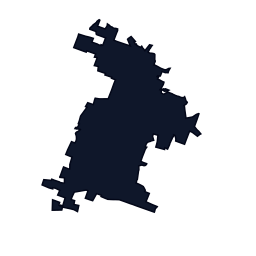 Panabá, Yucatán, Mexico (Natural Earth projection), rotated 284°
{"feature_id": "50627088B71815805148908", "entity_name": "Panabá", "entity_type": "district", "adm_level": 2, "iso_a3": "MEX", "parent_name": "Mexico", "parent_adm1": "Yucatán", "projection": "natural_earth1", "projection_center": [-88.264, 21.34], "detail": "fine", "context": "isolated", "style": "filled", "palette": "ink", "viewbox_px": 256, "rotation_deg": 284, "n_neighbors": 0, "source": "geoboundaries", "source_scale": "gbopen_adm2", "svg_char_len": 5778}
<svg xmlns="http://www.w3.org/2000/svg" viewBox="0 0 256 256"><g transform="rotate(284 128 128)"><path d="M57.5,58.8L52.0,58.4L50.8,65.9L50.7,69.7L51.9,69.5L52.0,72.1L51.0,76.9L45.9,76.0L45.2,82.8L45.1,83.9L36.8,83.5L36.8,81.5L36.5,81.6L36.3,81.7L36.1,81.8L35.9,80.7L36.3,80.4L36.5,79.5L39.3,79.7L39.8,75.1L40.1,72.2L35.0,73.3L29.9,74.4L32.4,83.6L35.4,83.5L35.7,91.3L35.7,95.2L34.7,99.2L40.9,99.0L40.7,94.0L44.6,93.8L44.8,90.1L47.6,90.4L49.8,90.8L52.8,91.4L57.6,102.3L57.5,104.4L49.5,103.6L49.3,105.9L48.9,111.3L56.7,113.4L56.3,118.5L55.0,118.4L54.3,122.7L54.1,124.3L53.9,125.6L54.2,127.1L54.6,129.3L55.9,134.9L56.2,136.4L56.3,137.0L55.8,142.4L55.1,148.9L55.0,150.9L54.5,155.0L52.7,173.9L53.4,174.0L54.5,174.0L56.1,174.0L56.6,174.2L57.4,174.7L58.0,175.1L58.8,175.4L59.5,170.4L60.8,163.2L63.9,163.7L69.7,164.5L69.9,162.8L70.4,159.6L71.8,159.8L74.2,157.7L74.4,157.4L74.9,157.0L75.0,156.5L75.4,155.3L76.2,151.8L76.6,149.1L76.9,149.2L77.8,149.2L79.2,149.1L79.6,149.2L80.2,149.5L80.4,149.5L88.7,148.6L90.0,148.7L92.5,148.0L93.9,147.6L95.4,150.4L95.3,152.7L95.9,153.9L96.7,154.5L97.3,154.8L97.9,154.8L98.1,152.4L98.2,151.3L98.4,150.4L98.8,148.4L100.1,148.6L103.5,148.9L108.8,149.6L111.5,149.9L113.9,150.8L113.9,149.3L116.7,149.5L118.9,150.3L119.4,151.2L119.9,151.9L120.6,153.2L121.0,153.4L122.3,155.9L124.4,154.7L126.0,153.8L128.4,154.1L128.2,158.8L121.7,159.7L118.5,159.7L116.2,159.6L116.0,168.7L117.8,168.5L117.8,169.0L117.7,169.7L117.3,170.4L117.1,171.5L122.1,172.4L122.5,172.3L123.3,172.4L124.2,172.5L125.1,172.8L125.6,172.8L127.1,173.1L127.5,173.2L128.0,173.3L128.5,173.4L129.3,173.4L129.8,173.6L130.3,173.9L130.8,174.2L131.1,174.2L131.5,174.2L132.4,173.9L132.3,175.0L132.0,175.3L131.8,175.7L131.5,175.9L130.7,176.2L130.3,176.4L129.1,177.0L128.0,177.3L126.9,177.4L125.9,186.8L130.4,187.3L136.7,188.1L139.8,188.5L139.6,190.1L139.4,191.4L138.1,194.4L136.8,197.4L138.2,198.4L138.7,198.9L138.9,198.9L139.1,199.1L139.9,200.1L140.2,199.8L140.2,199.6L142.0,197.3L142.6,196.0L143.4,194.8L145.2,192.5L145.3,192.1L152.9,192.9L159.0,193.4L159.1,193.1L157.8,191.1L156.7,190.1L155.6,189.1L155.0,188.6L154.3,187.9L152.4,183.8L152.0,182.8L151.5,181.9L159.2,178.8L162.5,177.6L163.3,176.8L164.3,177.8L165.5,178.8L167.1,179.3L167.3,179.3L168.4,177.7L168.8,177.4L170.5,176.5L171.7,175.6L172.0,175.4L171.5,175.1L170.9,174.2L170.7,173.6L170.5,172.6L170.6,171.5L170.8,170.2L171.0,169.6L170.8,168.8L171.1,166.0L171.4,164.6L171.5,163.7L171.5,163.4L171.8,163.1L171.9,162.5L172.0,161.7L172.1,160.9L172.4,158.6L172.8,157.5L172.0,157.1L171.9,157.4L171.6,157.2L171.1,156.1L170.3,155.4L169.8,155.2L169.4,154.9L169.8,152.0L172.7,151.1L172.8,151.8L173.1,152.2L173.2,152.9L172.6,153.9L172.5,154.7L173.7,157.5L174.6,158.5L175.0,155.7L175.1,154.8L174.5,153.6L174.6,152.9L174.4,152.7L174.0,152.6L174.0,152.3L174.0,151.9L173.9,151.8L173.8,151.5L173.5,151.1L173.0,150.3L172.9,149.8L173.2,149.9L175.6,150.9L176.9,151.2L178.5,151.7L179.7,151.8L181.2,151.8L181.4,150.4L182.0,148.0L182.3,147.1L182.4,146.5L182.5,144.9L184.6,145.3L184.8,144.4L184.9,143.7L185.5,143.9L186.0,144.2L186.0,145.8L186.2,146.7L186.5,146.8L191.0,147.4L191.0,148.1L190.7,150.8L191.0,151.7L191.1,152.3L191.3,153.5L193.2,153.6L196.1,154.4L195.8,153.4L195.4,152.8L194.5,151.8L193.8,150.9L193.7,150.6L193.5,150.0L193.4,149.2L193.9,145.3L195.0,141.3L195.5,138.8L195.5,138.0L195.8,138.1L196.1,138.2L196.4,138.1L196.9,137.9L197.3,137.9L198.9,138.3L199.4,138.2L199.8,138.1L200.2,137.8L200.9,137.4L205.3,136.4L205.9,136.2L206.1,135.9L206.4,135.4L206.4,134.8L206.3,133.0L206.0,131.8L206.1,130.1L206.6,129.1L208.7,129.7L210.0,129.9L210.8,130.4L212.6,130.9L214.0,131.5L214.0,128.8L207.1,125.7L208.8,123.6L209.0,123.2L209.3,122.6L209.8,122.4L210.7,121.5L209.3,120.6L210.2,116.7L211.5,115.8L210.9,114.9L211.9,114.3L212.9,113.1L213.8,114.2L217.5,108.9L214.9,106.6L214.0,106.1L208.2,110.4L208.5,105.9L209.3,96.1L209.8,93.0L218.0,94.0L218.4,94.1L219.7,94.3L220.2,94.3L220.5,94.3L220.8,94.1L221.6,94.0L221.7,93.0L221.7,92.0L221.4,90.5L221.4,89.9L221.6,89.2L222.1,88.3L222.0,88.0L222.0,87.8L222.2,87.3L222.2,86.6L222.3,86.5L223.2,85.0L223.5,84.3L223.9,83.0L224.0,82.8L223.7,82.8L223.4,83.0L222.2,83.0L221.6,82.9L220.7,82.6L218.6,81.8L219.4,73.8L225.8,74.6L226.0,74.1L226.1,73.8L224.3,72.3L223.8,72.0L223.6,72.0L223.2,72.0L222.2,71.4L222.1,71.2L221.9,71.2L221.1,70.4L220.8,70.3L220.4,69.9L220.3,69.7L220.0,69.4L219.7,69.2L219.4,69.1L218.5,68.9L218.2,68.4L217.6,68.0L217.2,67.9L216.8,67.6L216.4,67.2L216.2,67.1L215.9,67.0L215.6,67.0L215.2,67.0L215.0,66.9L214.6,67.0L214.0,72.6L213.9,73.7L213.6,73.8L212.9,73.9L212.3,74.1L211.1,74.7L210.9,76.0L210.7,78.3L210.0,84.5L208.7,84.3L207.8,84.2L205.4,83.9L203.1,83.6L202.1,83.4L202.3,81.7L201.4,81.7L201.7,78.9L202.0,78.3L202.6,72.1L206.6,72.7L206.8,69.1L206.8,65.7L206.7,65.6L207.2,57.4L204.4,57.3L192.9,55.9L191.5,69.1L192.9,69.3L192.0,78.7L188.6,78.3L188.8,79.9L188.9,80.2L188.7,81.1L180.4,80.2L180.5,84.3L176.2,84.9L175.5,93.0L173.9,92.8L173.3,100.1L172.3,99.9L171.7,104.2L171.3,104.1L167.7,103.6L160.6,102.9L155.4,102.2L151.5,101.7L151.2,100.4L149.4,93.5L149.2,91.7L149.0,89.4L149.0,89.0L148.0,88.8L143.8,88.7L142.3,88.6L142.8,82.8L138.5,81.6L138.3,83.2L135.7,82.2L134.6,81.7L131.3,80.4L129.7,79.7L128.0,79.1L123.1,79.0L120.1,78.7L120.0,79.8L118.6,79.4L116.7,78.9L116.0,77.7L115.8,77.0L114.6,76.7L114.7,77.8L114.6,78.3L114.7,78.6L114.8,78.8L114.9,79.3L115.0,80.9L115.1,81.8L115.0,82.1L114.2,81.7L111.8,79.6L111.7,79.1L110.6,78.5L110.0,78.4L109.6,78.6L107.7,79.8L105.5,80.5L104.2,80.7L103.1,80.7L101.5,80.3L100.6,80.1L101.1,76.5L92.1,74.7L90.5,74.5L87.2,74.0L86.3,80.7L78.5,80.4L75.6,81.1L73.9,81.3L73.8,81.0L74.6,74.9L71.0,74.5L65.2,73.9L64.0,73.6L63.6,73.8L64.3,78.4L59.4,79.6L58.9,78.8L58.7,75.3L59.1,74.5L59.2,73.3L59.5,69.2L59.9,66.4L58.6,66.2L57.5,58.8Z" fill="#0f172a" stroke="#020617" stroke-width="1.5"/></g></svg>